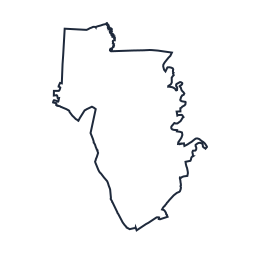 Morunglav, Olt, Romania, rotated 191°
{"feature_id": "2599482B55157415904148", "entity_name": "Morunglav", "entity_type": "district", "adm_level": 2, "iso_a3": "ROU", "parent_name": "Romania", "parent_adm1": "Olt", "projection": "mercator", "projection_center": [24.132, 44.471], "detail": "fine", "context": "isolated", "style": "outline", "palette": "slate", "viewbox_px": 256, "rotation_deg": 191, "n_neighbors": 0, "source": "geoboundaries", "source_scale": "gbopen_adm2", "svg_char_len": 5726}
<svg xmlns="http://www.w3.org/2000/svg" viewBox="0 0 256 256"><g transform="rotate(191 128 128)"><path d="M209.1,213.4L205.5,186.9L204.4,178.0L201.5,159.2L203.3,159.3L204.0,156.3L204.1,155.6L204.0,155.3L203.3,155.3L202.2,154.8L202.2,153.6L202.6,151.8L202.8,151.5L203.1,151.2L207.8,150.3L207.0,145.7L204.3,146.6L203.7,146.2L202.6,143.8L201.4,144.2L201.4,141.1L201.6,140.6L203.6,141.0L205.9,141.2L206.4,140.1L206.4,138.8L205.3,138.7L203.1,138.7L202.9,136.9L201.5,136.7L201.5,136.3L199.1,136.4L197.6,135.8L197.3,135.9L196.2,135.6L191.8,134.7L191.1,134.4L190.6,134.3L190.3,134.1L189.9,134.1L189.0,133.7L188.6,132.8L188.0,132.2L185.0,129.5L182.8,128.1L181.0,126.8L179.6,126.4L179.1,126.1L178.7,126.1L178.4,125.7L178.1,125.6L177.2,128.6L173.9,137.1L173.2,137.5L172.8,137.9L172.5,138.3L167.5,142.0L165.4,141.4L163.3,140.4L163.8,115.9L160.4,110.6L159.1,108.2L158.9,107.1L158.3,106.7L157.1,105.2L155.8,102.8L154.9,101.6L154.6,100.9L154.4,100.7L154.1,100.7L153.8,100.5L153.5,99.8L153.6,99.5L152.7,98.0L152.6,97.8L153.1,93.6L153.6,91.3L153.6,90.1L153.9,88.9L153.5,87.9L149.1,81.2L147.9,79.7L146.8,78.7L145.9,78.2L142.2,74.9L138.3,71.8L137.1,70.0L135.9,67.7L134.5,65.5L133.8,64.2L131.5,56.4L131.4,55.7L131.5,55.3L131.5,55.1L131.1,54.8L130.9,54.4L129.8,53.2L129.5,52.7L129.4,52.3L129.1,52.2L123.2,44.3L122.6,43.6L122.3,42.8L121.2,41.8L120.0,40.3L115.2,34.3L112.8,32.1L110.6,30.5L110.5,30.1L110.1,30.0L109.4,29.6L108.5,29.6L107.5,29.1L107.1,29.0L103.5,30.6L101.5,31.3L101.5,31.8L100.0,29.2L91.9,37.2L89.9,38.8L82.9,45.7L81.3,46.1L80.4,46.1L80.4,44.5L79.2,44.5L72.2,48.4L72.8,49.3L73.2,49.7L73.3,50.3L74.1,50.7L74.4,51.6L74.7,52.1L75.0,52.4L75.2,52.7L76.3,53.8L77.1,54.3L79.0,54.5L78.5,56.2L77.8,57.7L77.0,58.6L76.6,59.7L75.9,60.8L75.5,62.0L74.8,63.0L73.7,65.1L70.3,70.6L67.7,73.6L66.1,74.7L65.5,75.1L65.1,75.6L64.9,76.1L64.6,78.3L64.7,78.6L64.6,79.4L64.8,79.9L65.4,80.9L65.4,81.1L65.1,81.6L65.4,83.0L66.0,84.5L66.6,86.5L67.4,88.3L67.6,88.9L67.5,89.4L66.9,89.2L66.4,89.2L65.6,90.2L64.1,91.1L60.6,92.3L60.6,92.8L60.6,95.2L61.1,96.8L62.4,100.0L63.4,101.6L64.4,103.8L65.1,105.8L60.5,107.7L60.2,109.0L60.2,110.6L60.0,111.5L59.6,112.0L59.2,112.3L58.6,112.9L58.9,112.9L59.1,113.0L59.1,113.5L59.4,114.8L60.0,115.9L60.2,116.7L59.9,118.1L57.6,118.7L57.3,119.1L57.0,120.2L57.1,121.1L57.2,121.7L57.6,122.4L58.2,123.1L58.4,124.4L56.6,126.3L55.6,126.9L55.2,127.1L53.6,127.1L52.5,127.0L51.5,126.0L50.9,124.0L50.2,123.5L49.7,123.2L48.8,123.0L48.0,122.5L46.9,124.4L47.0,124.8L49.5,127.4L51.4,128.6L53.5,129.4L55.8,130.7L57.7,131.0L58.8,130.8L59.5,130.5L60.4,129.6L63.0,126.5L64.5,125.2L66.3,123.4L67.5,122.4L69.2,121.1L70.2,123.6L73.5,122.3L73.4,122.7L75.8,121.9L75.9,123.6L74.3,127.2L73.7,128.8L73.3,131.6L74.2,133.9L76.0,134.2L79.4,134.0L79.4,135.3L81.2,135.1L82.2,134.9L83.6,135.0L84.3,135.1L85.3,135.8L85.7,137.0L85.7,137.5L85.6,137.8L85.2,138.7L84.3,140.2L83.6,141.6L83.3,141.8L82.3,141.5L80.6,141.8L80.1,142.2L77.7,144.8L76.3,148.5L75.6,149.3L76.5,150.1L76.8,150.6L77.2,150.9L77.9,151.1L80.7,150.4L81.2,150.2L81.9,149.6L82.3,150.6L83.0,152.4L83.4,153.4L79.7,154.3L80.4,157.4L79.4,158.2L79.0,159.0L78.7,159.4L76.8,161.0L76.5,161.6L76.2,162.0L76.3,164.1L76.6,164.6L80.1,164.5L81.6,164.9L81.8,165.1L82.0,165.5L82.1,165.8L81.9,166.5L81.9,167.7L81.8,168.1L81.7,168.9L81.3,169.5L81.2,170.2L79.7,171.2L79.3,172.6L80.6,173.9L81.1,174.1L82.5,175.2L83.4,176.7L83.8,177.6L85.3,178.8L85.3,179.0L85.0,179.4L84.6,179.8L84.1,180.1L83.4,181.0L83.2,181.7L83.2,182.0L83.3,182.4L83.6,182.6L84.7,183.0L85.7,183.0L88.8,180.4L88.8,180.0L89.0,179.6L88.8,178.5L87.7,177.4L87.5,177.1L87.3,176.4L87.1,174.6L87.9,174.1L88.3,174.3L89.0,175.2L89.6,175.7L92.1,176.5L95.7,176.4L96.4,176.2L96.5,176.9L94.3,179.0L93.7,181.1L94.7,185.7L94.0,187.4L93.2,188.6L94.2,190.1L93.8,190.9L94.4,191.3L94.6,191.6L94.8,193.0L94.8,193.3L94.8,194.2L95.5,195.1L97.1,195.5L99.0,195.5L99.7,195.3L100.5,195.2L100.8,195.0L101.1,194.3L101.3,193.2L102.0,190.7L103.7,192.1L105.2,195.2L105.4,196.9L104.5,199.4L101.7,204.7L100.2,206.9L99.3,210.4L113.4,209.7L118.9,209.1L121.6,208.7L127.3,207.3L138.0,205.0L157.5,200.5L159.3,200.1L159.8,200.2L160.1,200.7L160.5,200.8L160.6,201.6L160.2,201.8L159.6,201.8L159.5,202.0L160.2,202.4L160.2,202.5L159.7,202.7L159.2,202.1L159.2,201.8L158.8,201.9L158.7,202.2L159.2,203.0L158.2,204.2L158.2,204.8L157.6,204.9L157.5,205.1L157.7,205.4L158.1,205.7L158.1,206.0L157.6,206.4L157.9,206.8L157.8,207.6L158.3,207.6L158.6,208.0L159.0,208.1L159.0,208.3L158.9,208.9L159.4,209.9L159.4,210.2L159.4,210.6L158.4,211.6L157.7,211.6L157.7,211.8L157.9,211.9L157.9,212.2L158.2,212.4L158.2,212.8L158.6,213.2L158.5,213.3L158.0,213.6L158.0,213.8L158.3,214.0L158.4,214.6L158.6,214.8L159.9,215.2L160.0,215.2L160.2,214.6L160.7,214.5L160.8,214.8L160.6,215.1L160.6,215.3L160.8,215.5L161.3,215.7L161.3,215.9L160.1,216.5L160.6,216.7L161.9,216.2L162.1,216.2L162.2,216.4L162.1,217.1L161.2,217.6L161.7,217.9L162.3,217.7L162.6,218.2L163.3,217.9L163.6,218.2L163.9,218.2L164.4,219.5L163.8,219.8L164.0,220.4L163.8,220.6L162.9,220.3L162.5,220.3L162.7,220.7L163.2,221.0L162.8,221.5L162.7,221.8L162.9,222.2L163.6,222.5L164.0,221.9L163.7,221.5L163.9,221.3L164.4,221.3L164.6,221.4L164.7,222.0L165.2,222.1L165.5,222.0L165.6,221.5L165.8,221.4L165.8,221.7L166.1,221.7L166.2,221.8L166.1,222.3L166.7,222.2L166.9,222.5L166.7,222.9L166.3,223.2L166.9,223.3L167.0,223.5L166.3,224.1L166.2,224.3L166.3,224.5L166.7,224.9L167.1,225.7L167.4,225.8L167.7,225.7L168.1,225.9L168.3,225.8L168.4,225.6L168.2,225.2L168.3,225.1L168.5,225.2L168.8,225.8L168.5,226.4L168.6,226.9L168.7,227.0L168.9,226.9L169.1,226.7L169.2,226.0L172.2,224.7L174.4,223.4L176.9,222.2L178.8,221.1L178.8,220.7L179.1,221.0L180.9,220.8L181.7,220.5L183.2,219.4L184.3,218.8L186.5,217.0L187.5,216.4L209.1,213.4Z" fill="none" stroke="#1e293b" stroke-width="2"/></g></svg>